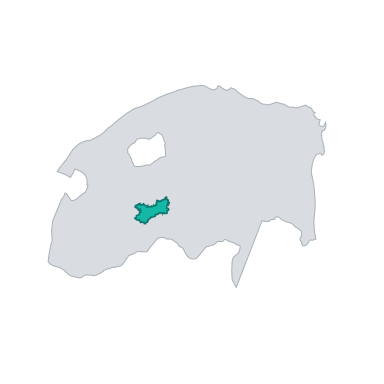 Dr Kenneth Kaunda, North West, South Africa shown in context, rotated 202°
{"feature_id": "47623444B93741575558004", "entity_name": "Dr Kenneth Kaunda", "entity_type": "district", "adm_level": 2, "iso_a3": "ZAF", "parent_name": "South Africa", "parent_adm1": "North West", "projection": "natural_earth1", "projection_center": [26.683, -26.884], "detail": "fine", "context": "in_parent", "style": "filled", "palette": "teal", "viewbox_px": 384, "rotation_deg": 202, "n_neighbors": 0, "source": "geoboundaries", "source_scale": "gbopen_adm2", "svg_char_len": 8313}
<svg xmlns="http://www.w3.org/2000/svg" viewBox="0 0 384 384"><g transform="rotate(202 192 192)"><path d="M264.2,70.1L272.9,68.8L276.8,69.6L281.5,71.6L285.9,72.4L293.4,71.6L295.9,72.0L298.0,72.7L299.4,73.8L301.5,82.0L303.3,90.9L303.2,93.7L303.5,94.8L305.5,98.6L306.3,100.9L307.5,102.8L310.1,112.3L310.4,113.9L310.2,136.7L309.1,139.5L309.5,143.1L308.3,143.6L300.9,139.0L299.6,139.1L297.5,140.9L295.6,143.5L294.7,145.8L290.9,152.0L290.6,155.9L290.9,159.2L292.1,159.4L293.0,161.8L294.9,165.6L298.3,168.1L301.5,169.2L305.9,169.5L309.4,169.4L309.2,166.8L310.1,159.9L315.9,160.7L324.5,160.5L323.8,165.0L320.6,175.3L318.4,186.8L315.8,192.6L314.3,195.0L310.1,199.3L307.9,200.7L306.1,201.2L298.9,209.8L296.2,213.9L293.7,220.0L291.4,223.3L287.9,230.4L281.8,240.8L276.6,247.7L274.4,249.7L272.9,250.6L268.8,254.6L263.1,261.0L258.7,266.6L252.2,273.1L248.5,275.9L242.9,281.4L241.3,282.3L235.0,287.4L230.4,290.6L223.1,294.2L220.2,295.2L213.2,294.3L210.3,294.8L207.9,296.9L207.7,300.1L206.7,300.6L200.3,299.1L197.6,299.4L196.1,301.0L194.9,303.2L191.2,303.3L184.7,301.1L177.0,299.7L175.2,299.6L171.5,301.2L170.2,301.5L164.8,301.1L161.8,300.1L158.9,300.1L156.7,300.9L154.0,301.2L146.9,307.1L143.2,307.1L140.0,307.8L134.3,307.0L132.6,307.4L130.9,308.4L127.1,308.9L125.6,309.8L119.2,315.2L116.5,314.6L113.1,314.5L109.2,311.7L107.7,311.9L108.1,311.0L108.2,309.5L106.8,307.9L105.3,308.0L104.4,306.7L102.1,306.6L100.2,307.0L99.7,302.0L98.8,301.5L96.5,301.4L95.4,301.6L94.9,302.0L94.3,303.1L94.4,306.6L93.5,305.6L92.6,303.5L92.2,301.3L92.5,298.7L94.2,297.7L93.6,294.4L90.8,288.6L89.1,287.4L87.7,284.4L86.4,283.4L85.8,281.3L84.5,279.6L84.0,277.0L84.6,275.5L85.7,274.7L86.9,276.0L88.3,275.5L90.3,273.6L91.4,270.8L91.3,266.2L91.0,263.3L89.2,255.9L88.4,254.2L84.7,248.9L80.4,241.8L74.8,230.6L72.1,223.9L68.0,210.3L64.4,202.6L60.1,195.4L59.5,195.0L60.2,194.1L62.3,192.4L63.4,192.0L63.9,192.2L64.4,191.7L64.9,190.6L65.2,188.1L66.2,185.4L67.1,184.3L69.1,183.5L70.6,184.5L71.2,185.5L71.5,186.8L72.2,187.4L73.3,187.4L74.0,188.2L74.5,189.8L74.5,191.0L73.9,191.7L74.0,192.7L74.8,193.9L75.7,196.5L79.7,197.9L82.0,198.1L84.2,198.7L86.3,199.9L89.6,200.2L94.3,199.6L98.1,199.9L101.1,201.0L103.3,201.2L104.6,200.5L105.2,199.4L105.0,198.1L105.7,197.2L107.2,196.8L108.4,195.8L109.3,194.1L111.4,192.7L114.7,191.7L116.3,191.7L115.3,120.1L121.2,125.0L122.7,127.3L125.7,134.0L128.7,142.3L129.3,146.3L129.2,147.1L126.2,152.6L126.1,155.2L126.5,158.4L127.2,159.9L128.1,160.5L130.2,159.7L133.5,160.5L139.7,160.1L142.8,160.6L143.5,160.3L144.2,159.6L145.0,157.8L145.7,157.1L148.6,156.3L149.9,155.2L151.9,151.5L158.0,146.5L158.7,145.3L162.5,133.3L163.6,131.6L165.3,130.5L168.7,129.6L170.7,130.1L172.9,131.1L175.3,132.9L178.9,136.1L180.2,136.6L183.8,136.8L186.0,138.9L192.8,140.4L194.8,140.3L196.9,139.1L200.4,139.2L204.1,138.3L206.4,136.2L210.7,123.2L211.2,120.3L211.7,119.5L215.2,118.0L219.5,116.9L220.4,116.3L223.1,112.6L226.7,109.6L229.1,99.2L230.7,96.7L231.7,95.7L232.4,95.6L233.3,95.0L234.5,93.7L235.9,92.9L237.5,92.6L238.5,91.8L239.0,90.4L239.9,89.7L241.0,89.7L241.7,89.3L241.9,88.4L244.6,86.1L244.6,85.2L246.1,83.0L249.1,79.5L251.9,77.5L254.6,77.1L259.4,75.3L261.2,73.7L262.3,71.4L264.2,70.1ZM255.4,224.4L259.7,222.7L262.9,220.3L263.6,216.1L266.1,213.5L267.0,211.0L267.7,207.7L266.2,204.2L264.3,203.1L260.7,200.1L259.1,198.0L257.0,196.3L255.4,194.3L253.0,194.9L249.1,196.6L246.7,198.1L244.7,199.9L241.1,201.2L237.7,207.0L236.6,208.3L234.0,212.5L230.2,214.6L230.1,215.4L231.4,218.8L233.1,222.2L235.0,225.0L234.9,226.7L235.5,228.1L237.1,229.0L239.9,232.5L241.3,233.6L245.5,234.4L246.2,234.2L247.3,232.2L247.5,230.7L250.3,226.2L251.6,224.8L255.4,224.4Z" fill="#d9dde1" stroke="#a8b0b8" stroke-width="1"/><path d="M226.2,145.6L225.0,145.9L224.6,144.8L223.1,145.2L223.3,146.6L222.0,147.3L222.6,148.7L222.4,148.8L221.8,149.1L222.2,150.0L222.2,150.5L221.6,150.8L221.5,151.1L221.0,151.4L221.2,152.0L220.6,152.4L220.9,153.3L219.7,153.6L219.4,153.7L218.5,154.6L217.2,155.4L217.6,156.5L217.2,156.5L217.5,157.2L217.4,157.2L217.5,157.4L217.4,157.5L217.2,157.6L216.9,157.6L216.1,157.8L216.2,158.2L215.7,158.5L215.8,158.6L215.7,158.4L215.5,158.5L215.5,158.8L215.0,158.9L214.8,159.9L214.4,160.7L214.2,160.8L214.1,160.2L213.9,160.3L213.7,160.7L213.5,160.8L213.3,160.7L213.2,160.6L212.9,161.0L211.8,161.6L211.4,161.0L211.4,161.4L210.5,162.2L210.1,161.5L209.3,161.8L208.2,162.3L207.9,162.8L207.7,162.8L207.7,162.7L207.4,162.7L207.3,162.8L207.4,163.1L207.2,163.2L207.6,164.1L208.0,164.8L208.1,165.3L207.7,165.5L207.0,166.2L206.9,166.8L207.2,166.8L207.6,167.8L207.9,167.7L208.0,167.5L208.3,167.8L209.5,167.5L209.6,168.4L210.0,169.1L210.3,170.5L209.3,170.6L208.4,170.7L208.7,170.8L209.4,171.1L209.9,171.0L210.0,172.1L208.9,172.6L208.9,172.9L209.0,172.9L209.2,173.8L210.5,173.4L210.4,174.4L210.5,174.5L210.7,175.0L210.8,175.5L211.1,175.7L211.4,175.6L211.5,175.5L211.5,175.4L211.8,175.2L212.1,175.2L212.2,175.4L212.3,175.8L212.7,175.6L212.9,175.6L212.8,175.8L213.1,175.9L213.3,176.1L213.3,176.3L213.3,176.6L213.3,176.9L213.2,177.1L213.4,177.5L213.6,177.7L213.7,177.8L213.9,177.6L214.2,177.4L214.7,177.0L214.7,176.9L214.7,176.7L214.3,176.7L214.1,176.5L214.2,176.3L214.5,176.1L214.6,175.9L214.4,175.5L214.5,175.0L214.9,175.0L215.0,175.0L215.2,174.7L215.3,174.3L215.5,174.4L215.8,174.2L215.9,173.9L216.2,173.8L216.4,173.5L216.8,173.4L216.9,173.1L216.7,172.8L216.7,172.7L216.9,172.3L217.0,171.9L217.4,171.5L217.5,171.5L217.8,171.6L218.2,171.6L218.3,171.8L218.5,171.6L218.4,171.3L218.6,171.2L218.7,170.9L219.0,171.0L219.2,170.9L219.3,171.0L219.5,171.1L220.0,171.3L220.2,171.2L220.3,171.0L220.5,170.9L220.7,171.0L221.2,171.1L221.3,171.2L221.5,171.0L221.4,170.9L221.2,170.8L220.8,170.7L220.6,170.5L220.4,170.2L220.5,170.0L220.6,169.8L220.8,169.5L220.8,169.4L221.0,169.4L221.0,169.5L220.9,169.6L221.0,169.7L221.1,169.4L221.0,169.2L221.1,168.9L221.2,168.7L221.1,168.3L220.9,168.2L220.6,167.9L220.3,167.6L220.2,167.5L220.1,167.1L220.0,166.9L219.9,166.8L219.9,166.7L220.0,166.4L220.3,166.3L220.6,166.5L220.8,166.4L220.9,166.1L221.0,166.0L221.0,165.9L221.2,166.0L221.3,165.9L221.5,165.7L221.6,165.4L221.7,165.2L221.9,165.2L222.0,165.3L222.3,165.4L222.6,165.5L222.6,165.4L222.7,165.0L222.7,164.8L222.7,164.7L222.7,164.1L223.1,163.9L223.2,163.5L223.4,163.5L223.8,163.3L224.0,163.3L224.1,163.6L224.3,163.8L224.4,163.7L224.5,163.6L224.6,163.2L224.7,162.9L225.1,162.7L225.3,162.7L225.5,162.5L225.5,162.4L225.9,162.3L226.2,162.1L226.3,162.1L226.2,162.4L226.3,162.5L226.6,162.4L226.9,162.2L227.0,161.9L227.3,161.9L227.3,162.0L227.6,162.1L227.8,162.3L227.8,162.5L228.0,162.9L228.1,162.6L228.1,162.3L228.1,162.1L228.0,161.6L228.1,161.2L228.3,160.9L228.5,161.0L228.5,161.3L228.6,161.5L228.9,161.7L229.4,162.0L229.5,162.1L229.8,162.2L230.0,162.2L230.4,162.2L230.5,162.1L230.8,162.1L231.1,162.0L231.6,162.3L231.8,162.2L232.0,161.9L232.2,162.0L232.3,162.1L232.2,162.3L232.3,162.4L232.2,162.6L232.1,162.8L232.4,163.0L232.7,163.0L232.7,162.9L232.7,162.7L232.8,162.4L233.0,162.2L233.2,161.8L233.3,161.7L233.5,161.6L233.7,161.3L233.8,161.2L234.0,161.1L234.0,160.9L234.2,160.7L234.4,160.5L234.7,160.6L234.8,160.7L234.8,160.9L235.1,161.1L235.2,161.3L235.3,161.3L235.3,161.5L235.5,161.5L235.7,161.8L235.8,161.9L235.9,162.0L236.0,162.0L236.2,161.8L236.4,161.4L236.5,161.5L236.7,161.3L236.9,161.2L237.0,161.1L237.1,160.7L237.2,160.4L237.4,160.4L237.6,160.2L237.7,159.7L237.5,159.4L237.5,159.2L238.0,159.2L238.3,159.0L238.5,159.1L238.7,158.9L238.5,158.6L238.7,158.4L238.9,158.3L238.7,158.2L238.8,158.0L239.1,158.0L239.1,157.4L238.6,157.9L238.6,157.2L238.5,156.5L237.5,156.5L236.7,156.2L236.3,156.2L236.2,156.6L235.4,155.8L235.5,155.7L235.2,155.1L234.8,155.1L234.7,155.4L234.9,155.9L234.2,156.0L233.9,156.0L233.7,156.2L233.7,156.3L233.6,156.2L233.5,156.3L233.5,156.2L233.4,156.3L233.2,156.3L233.1,156.0L233.1,155.5L233.0,155.0L232.3,155.1L232.3,154.9L232.1,154.6L231.9,154.2L232.2,154.1L232.4,154.2L232.8,153.9L233.1,153.8L232.9,152.7L233.0,152.6L232.4,151.3L233.1,150.5L233.8,150.0L234.2,149.8L234.7,149.4L234.3,148.3L234.0,146.7L235.1,146.9L235.2,146.2L234.6,145.9L234.1,145.8L233.2,145.7L232.7,145.5L232.1,145.5L232.1,145.8L231.9,145.8L231.6,145.9L230.8,145.8L230.8,146.1L230.7,146.7L230.3,146.7L230.6,145.8L230.0,146.5L230.2,145.9L229.7,145.6L228.9,145.2L229.0,145.0L228.2,144.5L228.0,145.3L227.2,145.1L227.1,145.3L227.0,145.2L226.9,145.1L226.2,145.6Z" fill="#14b8a6" stroke="#0f766e" stroke-width="1.5"/></g></svg>